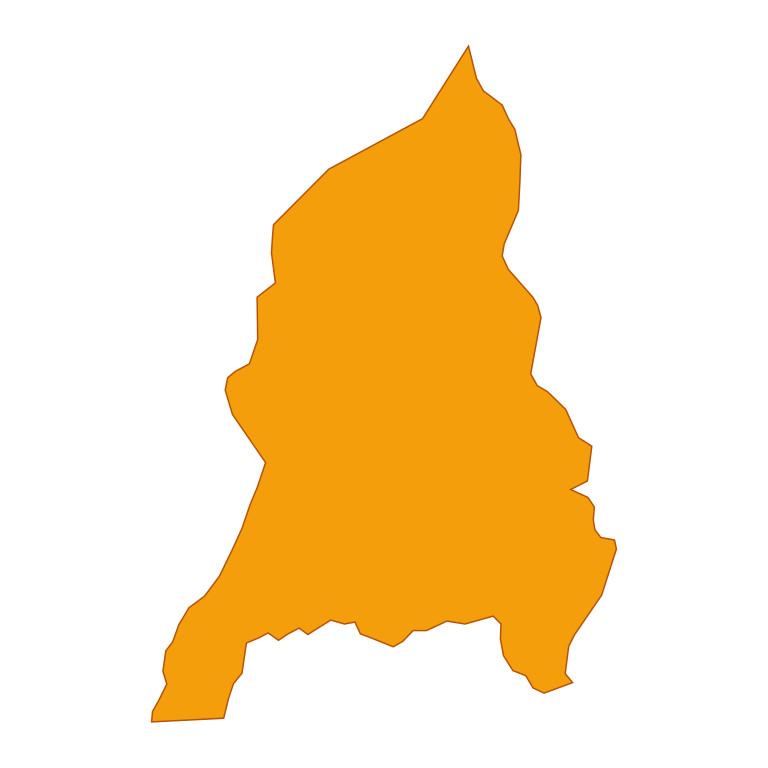 São Vicente, Rio Grande do Norte, Brazil (Albers equal-area conic projection)
{"feature_id": "56859067B27519225509016", "entity_name": "São Vicente", "entity_type": "district", "adm_level": 2, "iso_a3": "BRA", "parent_name": "Brazil", "parent_adm1": "Rio Grande do Norte", "projection": "albers", "projection_center": [-36.661, -6.196], "detail": "fine", "context": "isolated", "style": "filled", "palette": "amber", "viewbox_px": 768, "rotation_deg": 0, "n_neighbors": 0, "source": "geoboundaries", "source_scale": "gbopen_adm2", "svg_char_len": 1293}
<svg xmlns="http://www.w3.org/2000/svg" viewBox="0 0 768 768"><path d="M572.6,682.6L565.2,673.7L568.7,646.3L574.7,634.5L601.6,595.2L616.4,549.1L614.5,540.0L600.8,537.5L594.9,529.8L593.3,520.1L594.3,507.0L588.0,497.5L570.6,489.5L587.4,481.0L591.8,446.2L578.5,437.7L565.7,409.4L547.4,391.6L537.2,385.6L530.7,373.8L541.0,317.5L537.6,305.3L532.8,297.2L508.3,269.4L502.2,256.0L504.1,244.2L518.4,210.3L519.9,181.7L520.9,154.8L517.8,141.9L514.9,129.5L508.5,119.0L502.2,105.1L483.3,90.8L476.4,78.2L468.5,46.1L422.6,118.6L328.9,169.1L273.5,224.7L272.5,236.7L271.5,253.1L275.4,282.9L257.1,297.2L257.7,339.6L249.4,363.8L235.4,371.3L227.7,377.7L225.2,390.1L232.5,414.5L265.6,462.6L257.3,487.4L250.2,504.4L241.9,528.6L232.1,550.1L219.3,576.4L204.5,596.2L189.1,607.6L178.9,624.6L172.7,641.8L165.8,650.9L162.9,671.2L166.8,684.0L158.5,701.0L152.5,711.5L151.6,721.9L223.7,718.2L228.5,698.5L233.5,683.6L242.0,673.2L246.4,643.0L258.7,637.9L268.1,632.9L278.5,640.3L287.7,634.1L299.1,628.1L307.9,634.5L319.5,627.1L330.8,620.1L344.5,624.0L355.0,622.1L360.4,633.9L368.9,637.0L393.3,646.8L402.7,641.4L413.1,630.6L426.4,630.6L446.8,621.1L465.1,624.0L493.1,616.1L501.0,624.0L500.4,638.9L503.5,655.7L512.9,670.6L525.8,675.7L533.1,688.0L544.1,693.1L572.6,682.6Z" fill="#f59e0b" stroke="#b45309" stroke-width="1.5"/></svg>